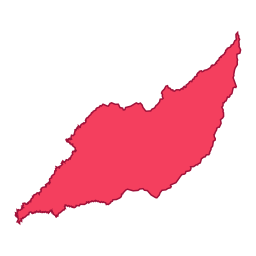 Agustín Codazzi, Cesar, Colombia
{"feature_id": "7082276B21922340436225", "entity_name": "Agustín Codazzi", "entity_type": "district", "adm_level": 2, "iso_a3": "COL", "parent_name": "Colombia", "parent_adm1": "Cesar", "projection": "robinson", "projection_center": [-73.375, 9.994], "detail": "fine", "context": "isolated", "style": "filled", "palette": "rose", "viewbox_px": 256, "rotation_deg": 0, "n_neighbors": 0, "source": "geoboundaries", "source_scale": "gbopen_adm2", "svg_char_len": 5750}
<svg xmlns="http://www.w3.org/2000/svg" viewBox="0 0 256 256"><path d="M209.7,153.2L209.5,152.5L211.0,149.5L211.0,148.1L212.6,146.1L213.3,141.3L215.2,140.0L215.2,138.4L214.4,137.1L214.0,134.6L214.8,133.8L215.1,132.5L216.6,129.9L216.7,128.3L218.3,127.2L219.3,127.2L221.1,123.3L220.5,119.7L222.6,118.0L223.6,116.4L223.5,112.7L223.0,111.7L223.2,109.9L221.8,107.2L223.0,105.8L223.1,102.8L224.2,102.7L224.8,101.4L226.1,100.9L227.5,97.0L228.9,97.3L229.8,96.4L229.8,95.3L231.9,93.6L233.1,88.0L234.7,87.1L235.8,87.5L236.3,86.6L233.1,77.7L233.9,75.5L233.7,74.6L234.6,69.7L235.3,67.8L237.3,64.6L237.2,61.1L237.6,60.0L236.9,57.6L236.9,54.3L239.9,53.1L240.6,49.9L238.9,46.2L239.2,45.2L238.8,41.1L239.6,39.3L238.8,38.1L238.7,35.7L237.8,34.6L237.6,32.5L236.0,34.3L236.1,38.0L236.5,39.0L235.7,40.3L234.8,40.7L233.2,44.3L231.0,45.3L231.0,46.4L230.3,47.1L227.2,48.4L226.9,49.5L225.7,50.3L225.5,52.2L224.9,52.5L224.6,53.7L221.3,56.3L221.2,57.0L220.7,56.7L220.3,57.5L219.5,57.7L218.6,60.3L217.8,60.4L216.0,62.6L216.3,63.2L215.7,63.1L214.9,64.6L213.3,65.3L212.5,65.1L212.3,65.7L211.5,65.5L210.5,67.6L207.1,69.7L204.2,70.4L203.7,71.1L202.0,71.7L201.3,70.8L199.3,71.4L198.7,72.7L198.0,72.8L196.8,74.5L197.1,75.8L196.1,76.5L195.2,76.5L194.3,77.5L193.9,79.1L192.7,79.3L191.7,81.6L190.8,81.1L189.5,81.8L188.7,83.3L186.1,85.2L186.0,87.1L185.1,87.5L184.2,86.4L182.9,87.8L182.9,88.9L181.4,88.6L179.7,90.3L179.0,89.8L176.3,89.8L174.6,91.2L172.9,90.7L172.8,89.9L171.2,89.9L170.1,88.3L168.3,87.8L167.5,85.7L165.9,86.2L164.3,89.2L162.2,91.3L161.5,93.1L162.5,94.5L162.3,96.2L163.1,98.4L162.4,99.0L160.2,99.2L159.5,102.0L157.3,104.7L156.1,105.4L154.6,108.0L151.9,109.2L150.7,110.9L146.3,111.2L145.5,110.8L142.9,107.4L142.1,105.0L140.4,103.1L138.3,103.9L136.3,102.9L130.7,106.2L125.6,107.5L124.9,109.6L124.3,109.9L123.3,109.9L122.6,108.1L120.0,107.6L118.3,104.2L115.2,104.3L111.6,102.8L110.1,103.4L108.3,106.1L107.2,106.0L103.0,104.2L101.4,106.0L100.2,105.7L99.2,107.2L96.8,108.0L96.1,108.7L95.8,110.1L93.2,111.3L92.5,112.7L91.8,112.6L91.3,113.2L90.8,114.7L89.5,115.5L87.9,117.7L87.3,117.6L86.3,118.5L85.5,120.4L86.0,120.7L85.6,122.4L84.7,123.0L83.9,122.8L83.7,123.8L82.7,123.5L81.1,124.6L80.5,125.9L79.9,126.3L80.3,126.6L80.3,127.0L79.7,126.6L79.6,127.0L78.6,126.0L78.7,126.8L78.1,126.5L77.4,127.3L77.7,128.4L76.9,128.1L76.4,129.3L75.0,129.8L75.0,130.5L75.6,130.6L74.8,131.6L74.3,133.7L74.6,134.1L73.1,135.6L71.5,135.2L70.9,137.9L71.5,139.2L70.1,139.6L69.4,138.4L68.6,138.8L68.0,140.6L67.2,139.3L66.4,139.2L66.0,139.8L67.0,141.7L69.9,142.5L69.9,143.6L70.9,143.9L71.3,144.7L72.6,144.2L72.7,145.8L75.3,147.9L75.1,149.0L75.7,149.9L75.4,150.4L76.0,150.7L75.5,151.4L74.9,150.6L74.1,151.6L73.4,151.2L72.7,151.4L72.8,152.2L72.3,152.6L72.7,154.3L71.3,155.9L70.2,158.9L69.4,158.2L68.1,160.1L66.3,159.7L65.5,161.3L64.3,161.9L64.4,162.2L62.9,161.0L62.8,161.7L62.3,161.6L62.0,162.1L62.7,162.6L61.4,163.4L62.4,164.3L61.4,165.5L59.1,166.6L59.7,167.5L59.5,168.0L56.1,166.8L56.5,168.2L55.6,168.8L56.0,170.6L54.9,170.8L54.4,174.0L52.1,175.6L51.4,176.7L51.7,177.7L49.9,178.6L49.5,179.5L49.8,180.9L49.5,181.6L50.1,182.4L49.5,183.5L48.8,182.4L48.4,182.5L48.0,183.8L47.2,183.6L45.6,184.8L46.3,185.7L45.7,186.1L46.0,186.8L42.9,187.3L41.2,188.4L41.2,189.6L40.7,189.8L41.2,190.7L41.0,191.7L39.5,192.4L39.2,194.2L38.0,192.8L36.9,193.0L35.9,194.3L34.0,194.8L33.5,196.1L32.6,196.2L33.0,197.6L31.4,198.6L30.8,201.0L30.5,200.3L30.1,200.8L30.4,201.4L28.6,202.1L28.4,203.3L27.7,203.0L27.4,203.9L26.9,203.7L26.5,204.3L25.6,204.1L24.9,203.1L22.9,203.5L23.2,205.7L22.4,205.9L23.0,206.3L22.3,206.2L22.0,206.8L22.9,207.4L21.9,207.4L22.4,208.2L21.8,208.4L21.8,209.1L21.1,209.2L20.3,210.2L18.8,210.1L18.6,209.1L18.1,210.7L17.1,209.9L17.4,213.3L15.9,212.9L17.1,215.0L15.8,215.4L15.5,214.9L15.4,215.4L16.2,216.5L17.6,215.7L17.5,216.4L17.9,216.9L17.3,217.3L18.6,218.9L17.1,221.8L17.7,221.8L19.6,223.5L19.5,221.4L20.9,220.7L21.3,221.0L21.2,220.5L21.6,220.5L21.1,218.9L23.0,218.5L22.8,217.6L24.6,217.4L27.7,214.6L28.7,214.7L29.2,212.5L30.7,211.9L32.1,212.6L31.8,213.0L32.3,213.5L33.7,213.1L33.9,212.5L35.1,212.7L35.2,211.8L36.1,212.1L36.6,211.2L38.1,212.2L38.7,211.7L39.7,212.0L40.1,211.0L40.9,212.2L42.6,211.8L42.5,212.4L45.0,211.7L44.9,212.1L45.6,211.8L46.9,212.7L47.4,212.3L47.1,212.0L48.2,212.0L47.8,212.5L48.4,213.0L48.5,212.3L49.3,212.3L50.2,210.7L50.4,211.1L51.1,210.7L51.3,211.2L51.6,210.7L51.6,211.3L52.2,211.3L52.2,212.7L52.6,212.5L52.8,213.1L53.3,213.2L53.2,214.0L55.9,215.9L55.8,216.7L56.4,216.9L56.7,215.7L57.1,216.2L57.9,216.0L57.9,214.9L58.8,213.2L60.0,212.8L63.3,209.9L64.0,210.0L64.8,208.4L65.3,208.5L64.6,206.5L65.0,206.3L65.2,205.0L66.1,205.1L66.3,205.7L66.8,205.6L67.8,206.3L68.5,205.6L69.4,205.9L69.6,206.7L71.3,206.2L71.9,207.1L72.6,206.8L72.7,207.3L73.5,207.2L74.0,207.7L75.4,207.1L76.2,206.2L76.2,205.5L79.3,205.8L80.2,204.3L84.5,204.4L86.5,203.2L86.6,202.2L87.1,202.5L88.1,202.0L88.0,202.5L88.7,203.0L90.3,201.7L91.6,201.6L92.0,200.9L93.6,201.6L95.2,200.5L95.7,201.2L96.1,200.6L97.6,201.5L98.2,201.1L99.3,202.0L99.7,201.8L100.6,202.4L101.6,201.6L102.5,202.4L103.6,201.9L104.0,202.4L105.6,202.7L106.3,204.5L107.1,204.2L108.3,204.5L110.6,202.7L110.9,201.8L112.4,201.2L112.9,199.8L116.4,199.5L119.8,197.9L121.1,196.8L121.6,195.3L121.5,194.2L122.7,193.9L123.2,192.8L125.8,190.0L127.5,189.2L133.2,190.8L138.0,190.4L139.9,189.0L143.0,188.7L144.4,190.2L147.4,190.6L151.1,194.9L155.6,197.6L156.9,197.8L159.2,195.1L160.2,192.5L162.0,190.3L165.9,189.8L167.8,188.5L170.6,187.7L171.2,186.5L170.4,185.6L170.6,184.9L175.9,182.7L181.7,174.6L184.7,174.0L185.5,173.1L185.9,171.5L189.2,170.9L190.4,170.1L191.0,168.2L190.6,166.8L193.7,166.6L196.4,164.7L197.6,164.9L198.2,163.8L200.3,162.9L201.4,158.8L203.7,157.1L205.1,156.9L206.4,154.8L208.8,154.7L209.7,153.2Z" fill="#f43f5e" stroke="#9f1239" stroke-width="1.5"/></svg>